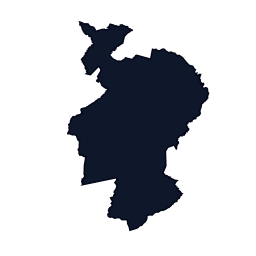 Kazungula, Southern, Zambia (Mercator projection), rotated 193°
{"feature_id": "96606910B95953051402599", "entity_name": "Kazungula", "entity_type": "district", "adm_level": 2, "iso_a3": "ZMB", "parent_name": "Zambia", "parent_adm1": "Southern", "projection": "mercator", "projection_center": [25.557, -17.051], "detail": "fine", "context": "isolated", "style": "filled", "palette": "ink", "viewbox_px": 256, "rotation_deg": 193, "n_neighbors": 0, "source": "geoboundaries", "source_scale": "gbopen_adm2", "svg_char_len": 5841}
<svg xmlns="http://www.w3.org/2000/svg" viewBox="0 0 256 256"><g transform="rotate(193 128 128)"><path d="M103.1,28.8L97.1,32.3L95.7,33.7L94.7,35.6L93.4,35.9L92.6,36.6L91.6,38.9L90.6,39.9L89.6,42.0L89.3,44.6L90.0,46.1L88.9,47.6L86.8,48.4L84.9,48.6L82.9,51.7L81.0,52.7L79.9,52.8L79.3,53.2L79.2,53.9L78.6,53.9L77.9,54.9L76.2,55.7L75.4,55.6L72.3,58.1L71.0,59.7L70.3,59.8L68.5,62.3L68.3,63.5L67.1,64.1L67.4,64.8L65.3,66.9L64.1,67.4L63.8,69.8L62.3,71.1L62.1,72.4L62.5,72.8L60.8,74.7L61.1,75.5L60.5,76.2L62.1,76.6L62.1,77.1L63.1,77.9L63.9,77.7L64.1,78.5L64.9,78.6L65.8,79.2L65.4,80.2L67.0,80.5L67.1,81.1L67.4,80.9L68.3,81.6L68.4,82.2L70.0,83.1L70.1,84.4L69.4,85.2L69.3,86.4L68.3,87.8L71.3,87.6L71.6,87.9L76.4,88.8L76.0,89.5L77.5,89.5L79.3,90.2L80.8,90.2L81.4,89.8L82.1,91.1L83.9,91.9L82.6,99.7L86.3,113.7L85.0,118.1L79.3,121.8L76.3,118.6L76.1,119.2L76.3,120.0L76.8,119.9L77.0,120.3L76.4,121.8L76.3,123.1L75.5,124.7L75.9,125.7L76.6,125.8L77.6,126.7L77.0,128.1L77.5,129.4L77.3,130.0L76.4,130.6L76.3,131.2L76.7,131.4L76.3,132.0L73.2,132.7L72.5,134.3L71.8,133.8L71.5,134.0L71.5,135.0L70.9,135.6L71.0,136.2L71.3,136.2L71.1,137.0L70.3,138.0L69.7,137.7L69.6,139.0L68.6,139.6L68.8,140.9L70.0,141.3L70.3,142.4L71.3,142.6L71.8,145.6L71.0,145.9L70.9,146.9L70.2,148.0L69.4,148.3L68.9,148.0L67.4,149.0L67.1,149.4L67.5,150.2L67.3,150.7L66.6,151.1L66.5,152.4L65.9,152.4L65.5,151.9L64.2,152.4L64.1,154.0L63.7,155.0L62.7,155.2L62.6,155.9L61.3,156.7L60.9,158.7L61.5,158.9L61.4,159.8L62.4,160.6L62.4,161.2L61.8,161.5L62.2,162.3L61.9,162.4L61.6,163.6L61.7,168.4L60.7,169.2L59.8,171.2L58.6,171.9L58.6,172.5L57.7,173.9L57.6,174.9L57.1,175.3L57.8,176.9L57.4,178.9L57.8,179.2L57.4,180.2L58.5,181.0L59.4,183.9L60.3,184.7L61.8,184.6L62.5,183.5L64.7,184.2L65.0,185.2L64.1,187.3L64.3,188.1L64.8,188.4L65.3,188.1L65.5,186.6L66.4,186.7L66.5,188.2L68.1,189.4L68.6,191.5L70.0,191.8L69.4,193.9L69.5,194.4L70.2,194.6L69.2,196.0L69.3,196.5L70.4,196.3L71.9,194.9L73.1,194.9L73.4,195.4L73.3,196.8L74.2,196.1L74.8,196.1L75.8,197.4L75.9,198.5L75.5,200.0L76.7,200.4L78.8,202.7L82.6,202.8L86.5,205.4L90.6,208.7L94.5,210.3L96.6,209.5L99.4,211.4L101.5,211.1L103.1,211.7L105.2,210.5L108.6,211.6L110.0,212.7L110.8,212.9L112.3,212.5L114.8,210.1L117.4,210.3L118.4,211.0L120.2,210.1L121.8,210.2L121.4,200.2L135.9,200.8L136.8,200.2L136.5,199.3L137.7,198.5L137.7,197.7L138.3,197.5L138.7,196.5L138.5,195.6L146.3,195.8L146.4,194.8L149.7,191.4L152.1,191.1L152.2,190.4L158.5,192.0L162.0,194.5L162.4,195.9L161.4,196.9L161.9,197.3L161.7,198.5L160.9,198.6L161.3,199.5L159.7,200.9L159.3,200.5L158.5,200.7L158.4,202.2L157.7,202.5L157.9,203.2L157.4,204.8L155.8,205.8L155.8,206.3L155.3,206.4L155.2,207.3L154.3,207.4L153.3,208.8L152.3,209.3L152.2,216.4L150.1,220.2L148.1,222.1L147.5,223.3L145.4,224.3L147.7,224.4L147.5,224.7L148.0,225.0L149.2,224.9L150.6,225.3L150.8,226.2L151.4,226.6L153.6,226.2L154.4,226.6L155.7,226.6L156.7,227.2L158.6,226.6L158.6,225.3L159.7,224.6L162.9,224.9L163.9,224.1L164.9,225.0L168.8,225.1L169.2,222.9L170.2,221.5L168.8,221.5L168.4,220.1L169.0,220.1L169.8,219.3L170.5,219.4L172.2,218.5L173.1,218.9L173.6,218.3L174.6,218.6L181.3,214.9L182.2,215.5L182.1,216.4L184.1,218.4L188.2,218.5L190.4,220.4L194.3,219.6L196.9,220.3L198.9,220.4L198.1,219.2L198.3,218.5L198.0,217.6L197.4,217.6L197.0,218.2L196.4,218.0L196.2,216.6L195.2,215.4L195.0,214.5L192.8,211.8L192.1,211.9L192.0,211.1L189.7,209.7L188.9,210.3L187.7,210.5L186.4,208.5L185.6,208.6L184.7,209.2L183.9,208.4L183.8,206.7L182.4,205.0L182.0,203.7L181.0,203.3L180.3,201.8L180.3,201.3L182.1,200.4L181.4,199.7L181.5,198.8L183.5,198.3L183.5,197.6L184.4,196.7L184.5,196.3L183.8,195.4L184.0,194.8L185.1,194.5L185.2,193.6L184.8,192.8L185.3,191.7L185.8,191.8L186.3,191.3L186.2,190.7L185.5,190.6L185.5,190.0L186.9,188.1L186.7,187.0L187.9,186.2L188.7,184.3L187.5,183.3L187.3,182.3L186.8,182.5L186.3,182.0L185.8,182.2L186.0,181.1L183.2,178.4L182.4,177.1L183.1,176.9L181.9,175.5L181.4,175.6L180.9,174.7L180.5,174.6L181.0,173.7L179.9,172.7L180.9,171.5L176.6,171.5L170.6,181.6L167.8,179.5L167.2,177.6L169.1,171.5L168.0,171.3L168.5,170.4L167.8,170.0L167.8,169.4L169.0,167.5L169.1,166.8L167.4,166.1L167.0,167.4L165.8,167.2L164.4,165.7L164.0,165.7L163.5,164.2L162.5,163.3L161.1,163.6L161.1,162.9L160.6,162.9L160.2,162.2L159.4,162.3L158.8,161.8L157.2,162.1L156.7,162.6L155.8,161.4L156.6,160.6L156.4,159.7L157.5,159.2L157.3,157.3L158.0,157.1L157.9,155.5L158.8,155.4L160.0,154.0L160.1,153.0L160.6,152.9L161.0,152.1L160.8,151.6L161.3,150.6L163.6,149.3L163.9,148.5L165.2,147.4L165.2,146.8L165.7,146.7L165.9,146.0L169.0,143.2L169.3,142.5L171.0,141.1L171.9,139.8L172.9,139.3L173.1,138.5L177.6,136.3L178.0,135.2L176.2,132.3L176.6,132.3L177.3,130.4L178.1,130.1L178.4,129.5L179.5,129.6L179.6,128.8L180.7,128.8L181.3,127.7L182.7,126.8L184.0,126.8L185.5,123.7L185.2,122.7L185.7,121.7L185.1,120.4L185.3,119.8L186.5,118.0L185.4,116.2L185.6,114.8L184.7,113.2L184.9,111.4L185.4,109.9L185.3,108.9L183.7,109.3L180.6,108.9L178.6,109.5L176.5,109.0L174.1,105.2L172.1,104.0L171.5,99.7L171.0,99.4L171.1,97.3L171.6,96.4L171.4,95.2L170.2,94.1L170.0,92.0L169.2,91.6L169.0,90.8L166.3,91.2L165.1,90.4L162.6,90.4L162.0,81.6L160.3,73.0L159.4,72.4L159.6,72.1L159.0,71.4L159.8,69.7L159.7,68.7L161.0,68.0L160.1,67.0L160.1,66.7L160.8,66.8L160.6,66.0L161.0,66.0L160.9,65.3L160.7,64.9L160.4,65.0L159.9,63.3L159.4,62.9L159.6,62.5L128.1,77.0L127.3,75.4L127.3,74.3L128.5,71.7L127.3,71.1L126.5,70.0L126.0,70.0L125.6,68.0L126.1,65.3L127.1,63.0L127.0,62.2L125.7,61.2L125.6,60.4L126.7,59.6L126.5,58.2L127.0,56.9L127.9,56.9L129.2,56.0L127.9,54.4L126.6,53.5L126.7,52.2L127.3,50.7L126.8,50.6L125.9,49.1L126.4,47.6L127.6,46.4L128.3,45.1L128.4,42.9L127.1,41.8L127.0,41.3L128.2,39.6L127.6,37.9L126.5,37.2L124.9,37.2L123.6,37.9L120.7,37.1L118.2,38.3L115.9,38.8L113.5,37.4L112.6,37.4L108.7,38.5L107.7,37.5L106.7,34.7L104.6,32.0L103.1,28.8Z" fill="#0f172a" stroke="#020617" stroke-width="1.5"/></g></svg>